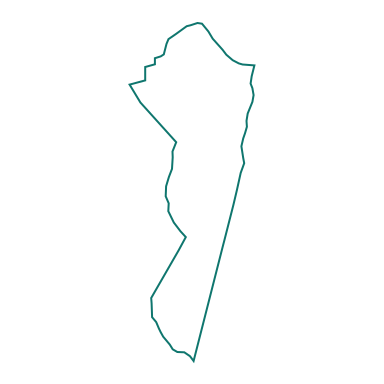 the district of Santa Inês, Paraná, Brazil
{"feature_id": "56859067B45112402193343", "entity_name": "Santa Inês", "entity_type": "district", "adm_level": 2, "iso_a3": "BRA", "parent_name": "Brazil", "parent_adm1": "Paraná", "projection": "natural_earth1", "projection_center": [-51.903, -22.719], "detail": "fine", "context": "isolated", "style": "outline", "palette": "teal", "viewbox_px": 384, "rotation_deg": 0, "n_neighbors": 0, "source": "geoboundaries", "source_scale": "gbopen_adm2", "svg_char_len": 928}
<svg xmlns="http://www.w3.org/2000/svg" viewBox="0 0 384 384"><path d="M212.7,38.7L208.4,31.5L202.0,23.7L197.5,23.0L190.4,25.3L186.7,26.2L176.1,33.9L168.5,39.1L166.5,43.9L163.8,54.4L160.7,56.4L154.9,58.2L154.9,64.3L145.2,67.0L145.2,80.4L129.6,84.6L140.4,102.5L176.2,142.2L172.5,151.5L172.7,157.3L172.0,168.9L168.9,177.0L166.1,186.3L165.7,196.3L168.7,203.3L168.3,211.2L173.8,222.5L180.5,231.3L185.8,237.1L178.6,250.4L151.2,298.0L151.6,303.3L152.1,317.2L156.2,322.1L158.9,328.5L160.7,332.2L163.2,336.7L169.8,344.6L172.7,349.3L177.3,352.0L184.3,352.3L190.0,356.2L193.6,361.0L222.5,247.5L224.5,239.8L233.4,204.9L236.9,190.1L240.7,172.9L242.8,167.1L244.2,163.2L243.2,157.9L241.4,146.3L243.2,138.5L245.0,133.3L246.9,126.8L246.5,120.9L247.7,113.5L252.4,101.9L253.6,95.1L252.4,88.2L250.6,83.6L251.7,76.2L254.4,65.4L242.6,64.5L238.8,63.4L232.7,60.2L226.3,54.7L222.6,49.8L212.7,38.7Z" fill="none" stroke="#0f766e" stroke-width="2"/></svg>